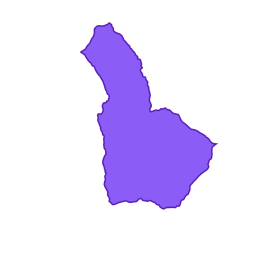 the district of Naja, Paro, Bhutan, rotated 220°
{"feature_id": "84629894B48616572457090", "entity_name": "Naja", "entity_type": "district", "adm_level": 2, "iso_a3": "BTN", "parent_name": "Bhutan", "parent_adm1": "Paro", "projection": "mercator", "projection_center": [89.419, 27.254], "detail": "fine", "context": "isolated", "style": "filled", "palette": "violet", "viewbox_px": 256, "rotation_deg": 220, "n_neighbors": 0, "source": "geoboundaries", "source_scale": "gbopen_adm2", "svg_char_len": 5878}
<svg xmlns="http://www.w3.org/2000/svg" viewBox="0 0 256 256"><g transform="rotate(220 128 128)"><path d="M212.9,155.8L212.3,155.7L211.9,155.9L211.6,155.9L211.2,156.1L208.8,156.1L208.3,156.3L207.9,156.3L206.4,155.7L205.4,155.2L205.0,155.1L204.5,154.9L203.2,154.7L202.6,154.4L201.9,154.1L201.1,154.1L200.7,153.9L200.1,153.9L199.1,153.8L198.7,153.8L197.8,154.0L196.6,153.1L195.9,152.9L195.2,152.8L194.7,153.1L193.8,153.3L193.2,153.3L191.7,152.5L190.2,151.6L188.9,151.2L188.0,150.8L187.3,150.5L186.5,150.5L186.1,150.3L184.3,149.8L182.4,149.8L181.8,149.2L181.0,149.0L180.1,148.7L179.6,148.4L178.1,148.0L176.9,147.5L175.5,146.7L172.6,144.9L171.8,144.3L170.9,143.8L170.5,143.4L169.6,142.9L169.0,142.6L168.6,142.6L167.9,142.3L166.9,141.6L165.9,141.0L165.4,140.9L164.9,140.9L164.5,141.1L164.1,141.1L163.6,140.9L162.7,140.2L162.6,139.8L162.2,139.4L161.8,138.7L161.6,138.2L161.6,137.8L161.3,137.5L160.9,136.7L161.0,135.8L161.5,134.9L161.3,133.4L161.6,132.4L162.5,132.0L162.6,131.4L162.7,130.6L161.9,128.4L160.8,127.5L159.9,127.0L159.1,126.4L158.0,125.2L157.5,123.2L157.3,121.8L157.5,121.3L158.3,120.9L159.4,120.1L159.8,119.4L159.6,118.3L157.1,116.6L156.8,115.6L156.6,115.2L155.7,114.3L154.9,113.8L154.1,113.5L150.1,111.2L149.2,110.8L148.9,110.2L148.0,109.4L147.3,109.0L145.9,108.6L144.4,107.7L143.0,106.6L142.0,106.7L141.1,106.5L140.5,105.9L140.3,105.6L139.8,104.5L138.9,103.3L138.4,102.9L137.2,101.9L137.0,101.3L136.4,100.7L136.1,100.2L135.9,99.8L135.7,99.5L135.2,99.1L134.6,98.7L133.8,97.8L133.3,97.4L132.9,97.1L131.2,96.8L130.7,96.4L130.2,95.9L129.6,95.3L128.9,94.8L128.5,94.2L128.1,93.4L127.8,91.2L127.0,88.7L126.7,88.2L126.4,87.4L125.9,86.4L125.5,85.9L124.5,84.8L123.1,83.8L121.8,83.3L121.4,83.1L119.9,81.8L119.4,81.4L117.6,80.6L117.3,80.1L117.4,79.7L115.5,78.9L115.0,77.4L114.7,76.2L111.8,73.6L111.4,72.0L109.9,69.5L108.3,68.5L105.5,67.3L102.3,66.1L101.4,64.5L100.0,63.3L98.0,62.7L96.3,61.8L96.2,61.2L95.3,59.7L94.6,59.8L93.0,59.7L90.7,59.4L89.5,60.5L88.1,62.8L87.8,63.8L87.6,64.3L86.9,65.1L86.4,66.1L85.6,67.1L85.2,67.8L84.4,68.7L84.1,69.1L83.5,70.3L82.8,70.8L79.7,71.8L78.8,72.3L77.8,73.1L76.5,74.8L74.9,76.4L74.5,76.9L74.3,77.2L74.1,78.0L74.1,79.0L74.0,79.8L73.7,80.9L73.3,81.7L72.9,82.2L72.4,82.4L70.5,82.1L70.0,82.1L69.6,82.3L67.6,83.6L66.5,84.1L65.7,84.8L65.3,85.4L64.8,86.3L64.5,86.7L63.6,87.0L62.2,87.2L60.4,87.8L60.0,88.0L59.2,88.1L58.5,88.1L56.8,87.9L56.0,88.2L55.2,88.9L54.7,89.0L53.6,88.4L53.2,88.3L52.9,88.2L51.0,88.3L50.3,88.4L49.1,88.7L48.8,89.0L48.4,89.5L48.1,89.9L48.0,90.3L47.7,91.5L47.0,92.1L46.1,92.9L44.4,94.5L43.1,95.7L41.1,97.1L40.5,97.6L40.4,97.9L40.4,99.5L40.2,99.8L38.9,100.9L38.6,101.2L38.5,101.6L38.7,102.2L39.7,104.7L39.9,105.1L40.6,106.5L40.7,106.9L40.5,107.4L39.7,108.4L39.5,108.8L39.5,109.3L40.0,111.7L40.1,112.5L40.1,113.8L40.1,114.2L40.0,114.6L39.5,115.6L39.5,116.0L39.6,116.4L39.7,116.9L40.0,117.5L40.3,118.4L40.4,118.9L40.9,120.3L41.4,121.1L42.8,122.6L43.0,122.9L43.3,123.6L43.5,125.3L43.3,126.5L43.3,127.3L43.4,128.0L43.4,128.8L43.3,129.6L43.1,130.1L43.1,130.5L43.3,131.3L43.0,132.0L43.0,134.3L42.9,136.9L42.5,140.2L42.2,141.1L42.0,142.3L41.0,145.7L40.8,146.9L40.8,147.8L40.9,148.9L41.0,149.6L41.4,150.1L41.6,150.5L42.0,150.9L43.2,151.4L43.5,151.7L44.2,153.8L44.4,154.1L44.8,155.0L45.0,155.5L45.0,156.2L44.6,157.7L44.6,158.1L44.8,158.8L45.1,159.3L46.1,160.7L46.7,161.7L47.0,162.2L48.8,163.9L49.9,165.3L50.4,166.1L50.8,166.7L51.1,167.8L50.9,169.3L50.5,171.2L50.2,172.5L51.6,171.5L52.8,170.9L53.7,170.6L54.6,170.6L56.2,170.6L56.6,170.7L57.2,170.8L58.2,171.3L58.6,171.4L59.9,171.5L61.3,171.4L62.7,171.2L63.6,171.5L64.1,171.6L65.8,171.3L66.9,171.2L68.0,171.0L70.1,170.4L71.7,170.5L72.7,170.3L74.7,169.8L77.2,168.7L77.6,168.4L78.5,167.7L81.6,167.6L82.9,167.7L86.4,167.9L89.6,167.6L90.9,167.7L92.4,168.1L95.6,169.6L97.1,170.4L97.6,170.5L98.1,170.5L98.8,170.4L100.1,169.5L100.5,169.3L101.6,168.8L102.7,168.5L103.6,168.1L104.5,168.1L105.1,168.4L106.7,168.4L108.2,168.4L108.9,167.7L109.8,167.3L111.2,167.2L112.1,167.4L112.7,166.6L113.1,165.7L113.5,165.0L114.6,164.4L115.1,163.9L115.2,162.7L115.8,161.2L116.2,160.7L117.5,160.1L118.1,159.7L118.7,158.8L119.3,157.9L119.7,156.9L119.8,156.4L120.2,156.0L121.2,155.0L122.2,155.3L122.9,155.9L123.6,156.6L124.1,159.5L125.4,160.8L126.9,161.5L129.3,162.8L130.2,163.9L131.8,167.0L132.3,167.7L133.6,168.5L134.5,169.3L136.2,170.4L137.8,171.8L138.6,172.7L139.1,172.9L140.4,173.1L140.7,173.4L142.5,175.9L144.9,176.5L145.7,176.8L146.5,177.6L147.1,178.0L147.6,178.0L148.0,177.8L149.0,177.2L149.5,177.1L150.0,177.2L150.5,177.5L151.0,178.1L151.7,178.5L152.1,178.8L153.0,179.0L154.3,179.3L155.4,180.0L155.9,180.5L156.1,181.0L156.1,181.5L155.9,182.3L155.7,183.0L155.8,183.3L156.2,183.6L157.3,183.7L158.2,184.2L158.4,184.5L158.5,185.3L159.4,186.3L160.0,186.6L161.0,187.1L161.7,187.8L162.2,188.1L162.6,188.2L163.0,188.2L164.5,187.5L165.2,187.2L165.5,187.5L165.8,188.1L166.1,188.5L166.5,188.8L166.9,188.9L168.0,188.9L169.4,188.9L169.8,189.1L170.4,189.5L171.2,189.9L174.2,190.3L174.7,190.3L176.3,190.8L177.7,190.7L178.2,190.8L179.1,191.6L179.5,191.8L180.1,191.9L180.4,191.8L181.0,191.8L182.1,191.9L182.5,192.0L183.3,192.0L184.7,192.4L185.2,192.6L185.6,192.6L187.4,192.6L188.8,193.3L189.3,193.6L189.7,193.7L190.8,194.2L191.7,194.6L192.8,194.8L193.6,194.8L194.7,194.6L195.3,194.4L195.9,194.1L197.3,193.7L198.7,193.2L201.2,193.0L202.8,194.2L203.3,194.8L203.6,194.9L204.0,195.1L205.1,195.2L205.7,195.5L206.7,196.4L207.1,196.6L207.7,196.6L208.3,196.5L209.8,196.5L210.1,194.9L210.4,193.8L210.9,193.1L211.2,192.4L212.1,190.7L213.0,189.8L213.8,189.1L215.5,187.9L216.2,187.3L217.0,186.4L217.3,185.4L217.4,184.2L217.5,183.3L217.3,182.3L216.7,181.3L215.4,180.0L214.7,179.0L214.3,178.3L213.7,177.0L213.3,175.7L213.2,174.2L212.9,172.3L212.5,170.8L211.8,168.6L211.8,166.6L212.0,165.3L211.9,164.1L211.6,162.5L211.4,162.0L211.3,161.2L211.4,160.5L212.0,159.0L212.6,157.2L212.9,155.8Z" fill="#8b5cf6" stroke="#5b21b6" stroke-width="1.5"/></g></svg>